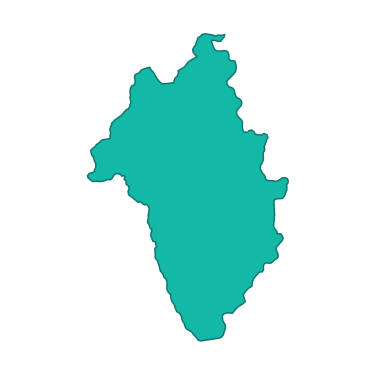 Colinas do Tocantins, Tocantins, Brazil (orthographic projection), rotated 163°
{"feature_id": "56859067B57184865467737", "entity_name": "Colinas do Tocantins", "entity_type": "district", "adm_level": 2, "iso_a3": "BRA", "parent_name": "Brazil", "parent_adm1": "Tocantins", "projection": "orthographic", "projection_center": [-48.535, -8.07], "detail": "fine", "context": "isolated", "style": "filled", "palette": "teal", "viewbox_px": 384, "rotation_deg": 163, "n_neighbors": 0, "source": "geoboundaries", "source_scale": "gbopen_adm2", "svg_char_len": 4330}
<svg xmlns="http://www.w3.org/2000/svg" viewBox="0 0 384 384"><g transform="rotate(163 192 192)"><path d="M114.7,332.9L118.8,333.3L121.3,334.5L124.1,334.2L126.6,336.3L128.8,337.3L130.7,338.3L133.6,339.6L136.5,339.6L138.6,338.2L140.7,338.1L142.1,336.6L144.0,333.9L145.5,331.5L147.8,330.1L149.7,328.0L150.0,325.0L148.9,322.1L147.6,320.0L155.2,318.3L158.1,317.2L161.2,314.7L163.8,313.4L167.9,312.5L169.9,311.9L170.2,309.5L172.0,307.3L175.1,305.7L177.8,301.9L181.8,302.6L185.5,303.3L188.9,304.1L190.9,307.2L192.3,310.5L193.9,317.6L195.2,320.3L196.1,323.7L198.6,323.8L201.8,323.8L205.0,323.4L207.9,321.4L210.0,321.1L211.9,320.9L213.5,318.7L213.6,315.9L214.3,313.3L216.2,311.3L218.7,311.1L220.2,309.5L221.6,307.3L222.2,305.0L222.4,302.8L223.7,300.6L224.0,297.9L224.3,295.0L225.9,293.6L226.8,291.6L228.4,290.3L230.9,289.8L232.9,288.6L234.9,287.4L236.7,286.1L239.4,285.3L242.3,284.2L244.5,283.6L246.2,282.5L248.4,281.5L249.5,279.6L251.1,277.8L252.3,275.7L252.5,272.4L254.1,269.6L254.4,267.4L257.5,267.3L260.6,267.9L263.0,268.1L265.4,266.8L267.5,265.7L269.5,265.4L270.8,264.0L273.6,263.1L276.6,261.5L277.0,258.9L277.1,256.7L276.0,253.9L276.3,250.2L275.7,247.2L276.8,243.8L278.7,241.6L279.7,239.9L282.0,239.7L284.7,239.8L287.2,238.1L287.2,235.9L285.9,233.7L283.8,231.0L281.1,230.5L278.4,229.5L275.3,228.5L272.1,228.3L269.6,228.7L266.3,227.5L264.3,228.6L262.5,230.2L259.8,232.0L257.4,231.0L255.3,229.8L254.6,227.6L252.6,227.8L251.5,226.1L253.2,224.3L251.9,221.6L252.7,218.8L251.2,216.5L251.1,213.6L253.0,211.3L253.4,207.8L251.5,205.4L249.9,203.0L248.3,200.5L246.7,198.0L244.2,197.9L242.6,195.4L241.2,193.7L239.1,193.4L238.0,191.3L237.8,188.8L238.8,186.1L240.5,183.1L241.2,180.3L242.3,178.4L243.4,176.2L242.6,173.2L242.6,169.6L241.4,167.3L243.0,165.1L244.1,162.3L244.0,158.9L243.7,156.2L241.6,155.2L242.0,152.2L241.8,149.9L244.0,148.9L244.8,145.7L245.5,142.6L246.5,139.6L245.1,136.2L245.1,133.8L245.1,131.1L245.3,128.0L245.3,125.8L244.5,123.7L243.7,121.1L243.7,118.6L242.2,116.1L242.4,112.4L243.4,109.7L244.0,107.8L244.4,105.6L243.8,102.4L242.4,100.2L242.9,97.9L243.4,95.3L242.9,92.3L241.9,89.5L242.0,85.8L241.6,82.2L239.4,79.7L238.5,76.7L238.7,73.9L238.8,71.5L237.9,68.4L238.0,65.8L237.6,63.2L236.2,61.3L234.5,59.9L233.3,58.3L232.6,56.2L231.4,53.5L230.1,50.8L229.4,48.4L227.2,47.0L209.0,44.4L206.5,44.4L204.1,46.0L202.4,48.4L200.7,50.7L199.6,52.7L199.0,54.9L199.6,57.4L200.1,59.9L199.8,62.4L199.4,64.5L197.3,66.0L194.5,66.2L192.6,66.0L190.7,64.9L188.6,64.3L186.5,65.7L184.3,67.4L181.5,68.7L178.9,69.5L175.8,70.3L173.1,71.7L173.1,75.1L173.2,78.5L171.4,80.0L169.1,81.7L167.1,83.1L164.9,83.7L162.3,84.4L160.9,87.6L159.3,89.9L158.0,91.3L156.4,92.4L154.8,93.5L153.1,94.5L150.8,95.7L148.2,95.1L146.4,96.6L145.4,100.2L144.0,102.1L141.6,102.5L139.4,101.5L137.3,100.9L135.0,101.7L132.8,103.0L129.7,103.7L128.3,105.4L127.9,108.0L128.2,110.5L128.4,112.6L127.6,114.5L125.3,115.8L122.8,117.4L120.4,118.8L118.4,121.1L118.5,123.7L119.4,126.1L122.5,127.0L122.4,129.9L123.7,132.6L124.0,135.1L122.9,138.2L121.4,141.2L120.4,144.5L119.5,146.4L119.0,148.8L118.5,151.1L118.0,153.1L117.3,155.1L116.8,157.6L115.7,160.3L112.8,160.7L110.1,160.0L107.3,159.4L104.8,161.2L102.9,163.5L100.7,166.3L99.9,168.8L99.5,171.0L97.9,172.2L96.8,174.2L96.8,176.7L98.5,178.4L101.2,179.1L103.1,178.5L105.6,178.0L108.5,177.5L111.2,179.1L114.0,180.1L116.5,180.9L118.0,183.1L117.6,185.4L118.0,187.4L119.1,189.3L119.4,191.3L119.9,194.0L119.1,196.9L117.0,198.7L115.1,200.8L113.9,203.2L113.2,206.0L112.6,208.5L110.2,210.9L109.7,214.2L108.5,216.0L106.9,217.8L105.4,220.1L103.4,222.0L103.6,224.8L105.8,226.8L109.1,226.3L112.1,227.2L114.6,229.0L115.3,231.9L116.8,233.8L119.0,234.0L121.9,232.9L124.9,234.3L125.3,237.4L124.8,239.8L124.0,242.2L123.2,244.6L124.0,247.2L125.4,249.6L126.5,252.9L125.9,256.1L123.8,257.8L121.6,259.1L119.5,260.6L118.5,262.2L118.2,264.6L119.0,266.7L121.0,268.6L122.1,271.2L122.2,273.7L122.0,275.7L122.0,278.0L123.4,280.1L125.9,281.8L127.1,284.9L126.1,288.0L123.0,289.7L120.2,291.1L117.9,292.5L115.3,294.3L113.8,296.8L113.0,299.4L112.9,301.6L112.6,304.6L114.8,305.5L116.6,306.3L117.8,308.3L117.2,310.5L116.6,312.8L116.7,315.2L118.3,317.2L120.4,317.9L123.3,318.4L126.3,319.3L128.4,321.0L128.9,323.4L129.2,326.8L129.5,330.2L127.8,331.1L125.6,330.1L123.2,328.5L120.3,327.7L118.5,329.2L116.1,330.7L114.7,332.9Z" fill="#14b8a6" stroke="#0f766e" stroke-width="1.5"/></g></svg>